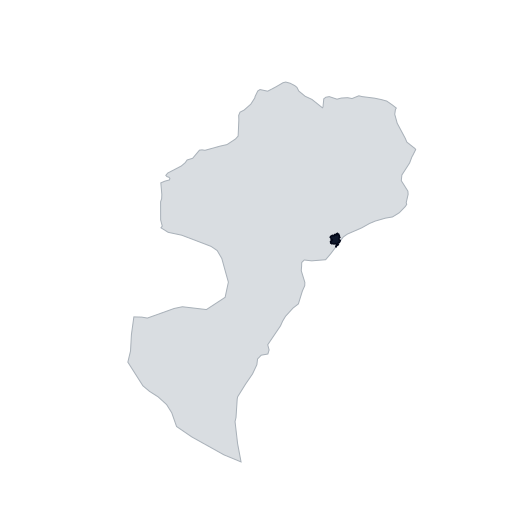 location of Rites pag., Viesites, Latvia, rotated 294°
{"feature_id": "27541924B10670366304681", "entity_name": "Rites pag.", "entity_type": "district", "adm_level": 2, "iso_a3": "LVA", "parent_name": "Latvia", "parent_adm1": "Viesites", "projection": "albers", "projection_center": [25.488, 56.197], "detail": "fine", "context": "in_parent", "style": "filled", "palette": "ink", "viewbox_px": 512, "rotation_deg": 294, "n_neighbors": 0, "source": "geoboundaries", "source_scale": "gbopen_adm2", "svg_char_len": 4038}
<svg xmlns="http://www.w3.org/2000/svg" viewBox="0 0 512 512"><g transform="rotate(294 256 256)"><path d="M364.4,372.7L361.7,372.2L353.8,369.3L347.2,364.8L343.2,358.8L336.3,350.6L331.8,346.4L324.8,341.2L313.1,330.5L308.9,328.0L288.3,323.3L280.9,321.1L274.2,308.8L272.0,301.7L268.7,300.4L265.0,301.9L261.0,303.3L251.7,311.4L248.7,312.6L242.9,312.6L229.5,314.2L223.5,311.0L213.0,307.5L207.3,306.8L202.2,306.8L179.7,302.8L175.5,306.2L171.3,306.7L167.5,301.1L162.6,299.3L157.0,301.0L146.9,300.8L135.0,298.6L119.9,296.5L117.7,297.0L100.4,303.4L96.2,304.2L77.1,315.5L61.8,326.1L61.3,307.6L64.6,270.9L67.9,252.8L78.5,242.8L83.9,234.8L87.5,223.9L89.0,213.8L91.4,205.5L106.9,182.1L118.2,180.0L133.7,174.1L150.7,169.2L153.7,176.5L155.1,182.0L174.8,202.6L179.7,209.4L186.9,232.5L205.7,244.6L220.9,241.4L227.5,235.9L239.8,225.8L245.2,218.3L246.5,211.0L244.8,179.7L241.9,166.1L243.1,157.7L245.2,158.2L250.2,154.2L266.7,146.8L270.0,146.5L273.8,145.0L284.1,139.3L287.4,142.4L290.2,145.9L291.7,145.9L292.5,144.6L292.3,142.4L293.0,140.8L296.0,141.7L307.9,151.2L312.5,153.4L315.7,154.0L319.5,158.4L329.7,161.3L331.0,163.5L331.8,166.4L341.6,178.3L346.0,184.2L354.6,189.7L358.3,190.9L373.3,185.0L377.4,183.0L380.9,182.9L384.5,185.8L392.6,189.5L399.9,190.6L401.3,190.3L407.5,190.5L409.7,192.0L411.3,199.6L418.6,205.4L425.3,210.2L427.0,212.4L427.7,216.8L427.4,222.1L426.7,224.8L424.1,228.0L421.9,235.9L421.8,243.4L418.4,256.4L419.3,256.6L427.2,254.0L429.5,255.3L431.4,258.1L432.2,266.2L435.0,269.7L437.9,275.3L438.9,279.7L444.2,284.8L444.8,288.2L448.4,300.1L449.9,307.0L450.7,312.4L449.4,319.3L448.2,324.0L446.5,323.8L441.9,325.1L434.7,331.0L424.2,344.5L421.4,347.5L418.8,357.6L418.2,358.6L411.7,358.3L409.9,358.1L403.5,358.5L389.3,356.3L383.9,358.1L377.0,368.4L374.2,369.9L365.9,371.5L364.4,372.7Z" fill="#d9dde1" stroke="#a8b0b8" stroke-width="1"/><path d="M307.1,325.0L307.3,324.8L307.3,324.7L307.4,324.4L307.5,324.3L307.5,324.2L307.8,324.0L308.0,324.0L308.1,323.9L308.3,323.9L308.4,323.7L308.6,323.7L308.8,323.5L308.8,323.3L308.9,323.2L309.0,323.0L309.0,322.9L309.3,322.8L309.4,322.6L309.5,322.6L309.5,322.4L309.6,322.1L309.6,321.9L309.4,321.8L309.4,321.7L309.2,321.6L308.9,321.6L308.7,321.5L308.7,321.4L308.7,321.2L308.8,321.2L309.0,320.9L309.2,320.7L309.3,320.7L309.2,320.6L308.9,320.6L308.7,320.7L308.6,320.8L308.4,320.9L308.2,320.8L307.9,320.9L307.8,320.7L308.0,320.5L308.1,320.4L308.1,320.2L308.0,319.9L307.9,319.8L307.9,319.7L307.9,319.4L307.4,319.0L307.2,319.0L306.9,319.3L306.7,319.2L306.4,319.0L306.2,319.0L306.2,318.9L306.2,318.7L305.9,318.5L305.8,318.4L305.7,318.2L305.8,318.0L305.9,317.8L306.0,317.8L306.0,317.7L305.9,317.7L305.8,317.4L305.7,317.4L305.5,317.1L305.4,317.1L305.1,316.9L305.0,316.7L304.8,316.6L304.7,316.5L304.6,316.4L304.4,316.4L304.2,316.3L304.1,316.2L303.8,316.2L303.7,316.2L303.4,316.2L303.4,316.3L303.3,316.5L303.2,316.5L303.0,316.9L302.7,317.2L302.6,317.4L302.3,317.9L302.2,318.1L301.9,318.0L301.9,318.3L301.8,318.2L301.7,318.2L301.4,318.4L301.4,318.5L301.5,318.5L301.6,318.8L301.3,318.9L301.2,318.9L301.1,319.1L300.9,319.0L300.9,318.9L301.0,318.9L300.9,318.7L300.7,318.7L300.5,318.8L300.4,318.8L300.2,318.7L300.2,318.4L299.9,318.4L299.7,318.3L299.6,318.5L299.4,318.6L299.2,318.5L299.0,318.8L298.9,318.7L298.7,318.7L298.6,318.8L298.4,318.9L298.5,319.0L298.5,319.3L298.4,319.4L298.2,319.4L298.2,319.5L298.3,319.5L298.3,319.8L298.2,319.8L297.9,319.8L297.9,319.7L297.9,319.8L298.1,320.0L298.4,320.2L298.4,320.6L298.4,320.8L298.4,321.1L298.5,321.3L298.6,321.5L298.6,321.9L298.7,322.3L298.8,322.5L299.0,322.8L299.2,323.0L299.3,323.2L299.3,323.3L299.5,323.6L299.6,323.8L299.7,324.0L299.7,324.3L299.7,324.7L299.7,324.8L299.6,325.1L299.3,325.0L298.9,325.0L298.6,325.0L298.3,325.0L298.1,325.0L297.7,325.0L297.4,325.0L297.2,325.0L296.9,325.1L296.9,325.3L296.9,325.5L297.0,325.6L299.0,325.3L299.0,326.2L299.9,326.6L300.5,325.6L301.8,325.8L301.8,326.4L303.2,326.8L303.6,326.7L304.5,326.6L304.6,325.6L304.7,325.4L304.8,325.2L305.5,324.8L306.2,324.6L307.0,324.9L307.1,325.0Z" fill="#0f172a" stroke="#020617" stroke-width="1.5"/></g></svg>